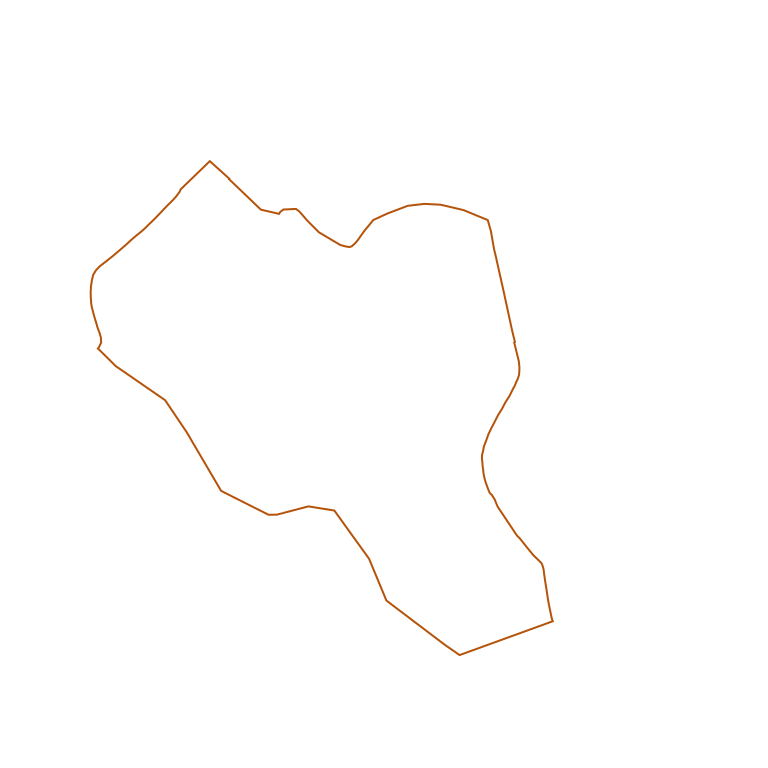 Al Humaydat, Al Jawf, Yemen, rotated 44°
{"feature_id": "15242507B46663253000628", "entity_name": "Al Humaydat", "entity_type": "district", "adm_level": 2, "iso_a3": "YEM", "parent_name": "Yemen", "parent_adm1": "Al Jawf", "projection": "natural_earth1", "projection_center": [44.413, 16.467], "detail": "fine", "context": "isolated", "style": "outline", "palette": "amber", "viewbox_px": 768, "rotation_deg": 44, "n_neighbors": 0, "source": "geoboundaries", "source_scale": "gbopen_adm2", "svg_char_len": 2259}
<svg xmlns="http://www.w3.org/2000/svg" viewBox="0 0 768 768"><g transform="rotate(44 384 384)"><path d="M670.2,437.4L669.9,437.2L669.6,437.1L667.4,436.0L660.2,431.1L652.8,426.0L644.5,419.6L637.6,414.4L631.5,409.7L627.6,406.5L624.7,404.8L622.3,403.6L619.5,403.4L610.2,403.4L600.0,402.2L588.7,400.7L585.0,400.7L569.9,397.4L551.0,393.3L547.0,391.6L543.7,390.1L538.6,388.9L535.7,388.9L531.5,387.1L525.6,384.2L521.6,381.9L517.6,379.1L514.8,376.7L512.0,374.6L509.2,372.0L506.3,369.7L503.8,366.9L502.1,363.8L499.3,359.6L496.7,353.5L494.0,347.6L493.2,345.1L491.9,341.3L490.2,335.4L487.7,327.3L486.2,320.1L484.1,313.0L482.8,306.5L482.7,305.9L481.4,301.7L480.2,298.0L479.3,294.5L477.8,290.9L476.7,287.4L474.8,283.6L472.2,280.5L469.6,277.7L465.2,274.0L449.0,263.8L448.9,263.8L448.9,262.7L448.0,262.2L443.2,259.2L437.9,255.8L405.6,234.2L375.1,214.1L369.4,210.5L354.9,199.9L344.8,194.0L320.3,203.7L300.2,215.7L288.0,226.3L277.3,239.3L268.1,258.8L262.4,273.4L263.5,287.5L263.9,290.1L264.1,291.7L264.6,294.8L265.3,299.3L265.5,303.2L265.1,307.5L264.0,309.5L260.7,311.8L257.9,313.3L256.2,314.3L231.8,320.1L221.4,319.9L214.2,319.7L210.5,319.3L205.4,318.9L203.0,318.7L199.2,319.2L197.5,320.8L195.8,322.7L190.5,328.3L189.8,332.2L190.3,334.6L189.3,335.1L174.7,343.9L174.3,344.1L146.6,344.2L146.1,344.2L145.6,344.2L130.2,344.3L130.1,343.8L103.9,344.7L102.5,385.1L103.5,387.8L104.2,393.2L104.4,398.7L104.2,404.3L104.2,408.3L104.2,410.7L104.3,416.8L104.3,422.4L104.2,427.8L104.0,433.1L103.9,438.4L103.5,443.1L103.4,443.9L102.7,449.4L102.1,455.7L101.7,462.7L101.2,468.5L100.6,474.4L100.1,479.8L99.3,485.7L98.6,491.1L97.8,496.3L97.8,501.8L97.8,502.2L99.0,507.6L101.8,512.2L102.0,512.5L102.3,512.9L105.2,517.1L109.0,521.5L112.7,525.2L116.6,528.7L117.0,529.1L120.7,531.9L125.4,534.7L129.7,537.3L134.8,540.1L139.3,542.7L143.6,544.7L148.0,547.2L151.9,550.8L152.2,551.9L153.5,555.9L153.5,557.2L166.4,557.3L178.7,557.5L182.7,556.8L237.8,547.7L275.8,555.8L281.4,557.3L281.5,557.4L309.8,565.3L341.0,574.0L349.6,571.4L391.7,558.3L394.6,555.5L397.7,552.4L414.6,524.6L436.2,509.5L463.1,514.4L494.7,520.1L523.5,532.6L536.2,538.1L547.9,536.7L608.7,529.4L618.0,527.9L623.4,527.0L625.1,526.8L625.9,526.6L626.6,526.5L627.0,525.8L670.2,437.4Z" fill="none" stroke="#b45309" stroke-width="2"/></g></svg>